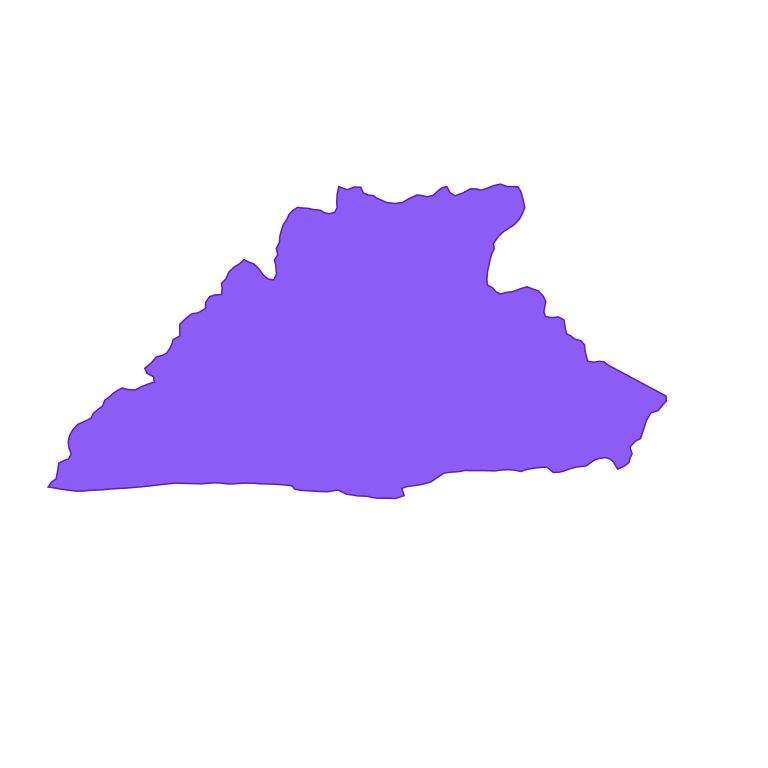 Sapucaia, Rio de Janeiro, Brazil, rotated 205°
{"feature_id": "56859067B28988673351798", "entity_name": "Sapucaia", "entity_type": "district", "adm_level": 2, "iso_a3": "BRA", "parent_name": "Brazil", "parent_adm1": "Rio de Janeiro", "projection": "albers", "projection_center": [-42.818, -22.019], "detail": "fine", "context": "isolated", "style": "filled", "palette": "violet", "viewbox_px": 768, "rotation_deg": 205, "n_neighbors": 0, "source": "geoboundaries", "source_scale": "gbopen_adm2", "svg_char_len": 3327}
<svg xmlns="http://www.w3.org/2000/svg" viewBox="0 0 768 768"><g transform="rotate(205 384 384)"><path d="M279.0,336.3L273.8,340.0L269.6,341.8L264.7,344.0L256.7,347.8L251.3,350.1L246.2,352.4L241.7,355.4L234.4,359.2L229.6,361.0L222.9,362.6L218.0,367.3L210.0,372.7L201.4,377.5L193.2,375.4L187.8,378.2L184.1,381.2L180.6,384.8L175.2,389.6L171.4,391.9L166.1,395.3L163.2,400.5L160.4,405.0L156.4,408.2L152.2,410.9L147.8,411.6L143.1,410.3L136.3,405.6L131.6,411.0L128.8,416.2L129.7,420.8L129.6,425.5L134.5,430.8L132.0,438.4L128.4,443.1L129.1,448.4L129.6,453.9L130.8,461.8L129.8,470.8L124.4,475.6L122.8,481.9L120.9,488.0L123.3,492.3L187.9,495.8L194.0,497.1L198.7,495.5L202.9,492.5L209.0,490.8L213.4,496.0L216.5,500.0L218.8,504.3L224.0,506.4L230.2,505.4L235.1,506.6L239.6,506.6L243.5,511.4L247.9,518.2L254.3,518.5L259.9,515.1L266.1,513.4L269.5,516.7L270.9,521.7L272.1,526.9L276.7,530.9L283.5,533.7L289.9,532.9L295.5,532.6L299.4,529.1L306.3,522.2L312.6,518.2L316.6,514.7L321.5,514.9L326.6,517.2L332.2,517.4L335.0,522.5L337.6,529.3L339.2,536.4L340.4,541.7L341.4,547.7L341.2,553.1L344.2,557.6L342.5,566.5L340.0,572.8L337.2,577.1L333.4,583.2L331.0,590.3L330.6,597.1L330.9,603.2L335.3,609.2L341.0,616.1L346.1,619.3L351.0,617.3L355.7,615.0L362.7,614.5L368.4,610.2L372.7,605.6L377.7,600.8L382.9,599.8L388.2,597.4L393.2,590.5L399.2,584.6L405.1,585.4L410.5,589.5L414.4,586.4L416.6,582.2L419.1,575.8L424.1,571.8L428.8,571.0L434.1,569.2L439.7,562.5L444.2,556.1L450.3,552.3L458.2,549.6L464.2,549.6L469.0,549.3L473.2,550.3L478.4,548.5L483.5,548.5L488.2,552.5L494.1,550.0L499.5,544.5L508.4,543.8L506.8,536.7L503.9,529.3L500.9,523.7L501.4,518.8L505.5,515.2L510.5,514.1L515.2,514.6L521.3,512.4L527.1,511.1L532.1,509.1L537.0,507.6L540.2,502.3L541.7,497.8L541.7,492.2L542.6,486.2L541.9,479.8L540.7,473.5L538.7,468.4L538.9,461.3L534.9,456.2L535.8,450.4L532.0,445.4L527.9,438.1L527.9,431.7L533.7,430.2L540.1,432.0L545.4,435.3L552.7,437.8L558.5,437.3L563.4,437.6L565.6,432.0L569.1,427.0L571.9,420.1L571.7,412.3L573.9,406.5L571.2,402.5L569.1,396.4L575.2,393.1L579.0,389.4L580.2,382.7L577.8,377.0L582.6,369.9L587.7,366.5L590.1,362.5L591.9,358.2L594.3,351.9L591.6,345.8L589.3,341.3L593.8,335.2L593.1,329.9L593.3,325.1L594.0,320.3L597.0,316.3L601.8,312.2L603.9,304.6L607.5,297.1L603.0,293.5L596.0,293.2L593.1,288.7L598.1,283.9L602.7,279.1L607.2,273.3L614.7,270.5L619.6,269.8L622.9,265.5L625.5,261.1L627.1,256.8L630.2,251.5L629.7,245.2L632.6,240.0L634.9,234.9L635.1,229.3L639.1,224.0L644.5,218.0L646.7,211.1L647.1,204.3L645.8,198.2L642.5,192.9L638.0,188.6L638.2,182.8L641.8,179.3L645.3,175.0L643.2,167.7L641.1,159.5L643.9,154.5L644.9,148.7L638.3,150.6L634.1,151.7L628.0,153.5L617.9,156.7L611.1,160.0L605.2,163.5L598.4,167.1L594.1,169.3L588.5,172.7L579.4,177.7L574.0,180.5L560.4,188.3L549.2,195.1L542.8,199.1L531.2,206.0L507.6,216.2L495.9,222.8L489.5,225.4L483.9,227.2L479.1,229.4L475.0,231.7L467.9,235.5L459.5,239.3L455.3,240.7L442.6,246.2L435.8,248.9L431.5,250.5L424.6,252.8L420.3,251.0L414.7,252.3L406.8,255.5L397.8,259.0L389.4,262.6L381.2,268.4L376.2,268.4L371.0,268.4L364.5,270.4L360.3,271.5L355.4,273.7L350.9,275.4L346.6,276.2L342.3,277.5L335.4,280.6L331.2,282.6L325.4,284.9L318.5,291.4L323.7,297.0L320.0,300.6L315.5,303.5L307.3,308.9L300.2,315.0L295.0,323.7L291.9,328.7L285.5,332.7L279.0,336.3Z" fill="#8b5cf6" stroke="#5b21b6" stroke-width="1.5"/></g></svg>